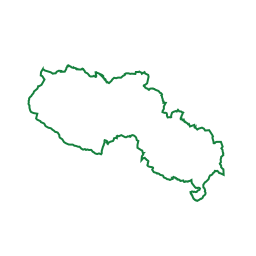 Graiguecullen -Portarlington-Lea-6, Laoighis, Ireland, rotated 131°
{"feature_id": "5873133B32465812463029", "entity_name": "Graiguecullen -Portarlington-Lea-6", "entity_type": "district", "adm_level": 2, "iso_a3": "IRL", "parent_name": "Ireland", "parent_adm1": "Laoighis", "projection": "orthographic", "projection_center": [-7.112, 52.984], "detail": "fine", "context": "isolated", "style": "outline", "palette": "green", "viewbox_px": 256, "rotation_deg": 131, "n_neighbors": 0, "source": "geoboundaries", "source_scale": "gbopen_adm2", "svg_char_len": 5816}
<svg xmlns="http://www.w3.org/2000/svg" viewBox="0 0 256 256"><g transform="rotate(131 128 128)"><path d="M78.8,58.3L78.9,58.6L78.2,59.2L76.4,65.3L79.3,68.1L78.7,70.3L79.2,72.4L82.2,74.3L83.7,74.7L83.5,77.0L83.7,77.4L83.4,77.6L83.7,77.6L83.9,78.1L82.2,80.0L86.2,82.2L85.2,84.2L85.3,84.2L85.4,84.7L85.8,84.9L85.8,85.4L85.4,85.9L85.9,88.2L85.8,88.4L86.0,88.4L86.2,89.0L86.2,89.8L85.5,90.9L86.0,91.5L85.2,91.7L86.8,93.9L86.2,94.6L85.4,94.9L85.2,94.6L83.8,95.5L82.1,95.9L80.6,96.6L80.2,96.5L80.2,96.9L80.7,97.3L80.7,98.8L81.8,100.2L81.5,102.2L83.6,102.0L83.8,103.0L86.0,104.3L87.5,104.8L90.3,103.6L91.5,102.5L92.0,102.8L92.7,103.9L94.0,105.0L93.2,106.7L92.2,107.4L91.5,108.6L91.8,109.6L92.6,110.3L93.4,112.4L92.3,113.1L90.3,113.4L89.6,113.8L88.3,115.1L84.3,116.0L85.8,117.8L84.6,118.5L84.8,119.0L84.2,120.1L83.5,120.6L82.7,122.2L81.6,123.4L81.6,124.2L80.3,124.4L80.0,125.9L80.5,127.1L80.1,128.3L80.1,129.5L81.3,132.7L81.2,133.6L81.9,134.7L81.8,135.1L83.7,137.1L85.5,137.2L85.6,138.0L85.4,139.0L86.1,140.3L86.0,141.3L86.2,141.6L85.8,142.7L86.0,143.4L85.9,143.8L85.4,144.0L83.9,143.3L81.7,142.9L75.8,146.1L74.7,147.6L75.6,150.8L75.0,152.2L77.9,153.1L77.3,154.0L77.7,154.7L78.0,156.5L78.8,156.7L80.6,158.8L82.4,157.9L84.6,160.9L85.7,161.8L86.4,163.5L88.0,165.3L89.4,165.8L89.7,165.3L90.3,165.2L91.7,165.9L94.6,166.3L96.5,168.6L98.2,169.6L99.2,171.4L101.7,171.7L103.2,171.4L106.6,171.8L106.8,172.6L106.7,172.9L107.0,173.4L106.9,173.7L107.2,173.8L107.0,174.1L107.3,174.5L107.0,174.8L106.9,176.3L106.4,176.6L106.6,177.0L106.3,177.2L106.5,177.5L106.3,177.6L106.6,178.0L106.1,179.0L106.3,179.6L105.6,180.3L105.8,180.5L105.6,180.6L105.8,180.8L105.8,181.1L106.0,181.6L105.7,181.8L105.0,181.6L105.0,182.2L105.1,182.8L106.0,182.8L106.0,184.4L105.6,184.4L105.7,184.9L106.4,187.1L106.6,187.2L106.6,187.5L107.1,188.2L106.8,188.6L107.2,189.0L107.7,188.5L107.9,187.8L108.9,187.3L109.3,186.3L110.2,185.7L110.8,186.1L110.7,186.6L111.1,188.0L112.0,188.3L113.6,189.9L114.0,191.2L113.7,192.1L113.4,194.0L113.5,195.1L113.8,195.8L114.0,197.0L113.3,198.4L113.3,199.0L112.9,200.4L113.3,200.7L113.0,201.0L113.1,201.4L114.8,201.9L116.2,203.7L116.6,204.3L116.5,204.7L117.3,205.0L117.4,205.9L117.2,206.2L117.4,206.4L117.2,206.7L118.0,208.5L118.3,208.6L118.2,208.9L118.6,208.9L119.3,210.5L119.2,211.6L119.7,212.8L119.7,213.7L119.9,213.7L120.1,214.3L120.6,214.5L121.2,213.8L121.8,214.1L123.1,213.9L124.0,213.3L127.0,212.7L129.6,215.5L128.8,215.9L130.2,217.8L132.3,218.7L134.2,218.5L135.7,220.0L136.3,220.3L136.6,222.8L139.2,228.6L139.2,229.8L139.7,230.7L139.5,230.9L142.9,230.3L145.6,228.3L145.1,226.8L145.6,224.9L146.1,223.8L146.0,223.3L146.2,222.8L152.2,221.6L155.3,222.7L154.6,223.5L157.7,222.2L162.1,222.9L163.8,222.2L166.2,222.2L167.5,221.9L168.5,222.2L170.5,222.1L171.6,221.1L172.7,220.8L173.8,219.6L175.0,219.0L175.4,218.3L175.6,217.2L177.4,215.6L179.0,213.2L179.5,211.6L178.7,209.1L176.7,205.8L181.1,203.6L181.3,202.1L180.3,198.6L180.7,197.6L179.7,194.5L179.8,193.6L180.6,191.8L180.6,191.2L180.0,188.2L179.2,186.9L178.7,185.5L178.9,184.0L178.6,182.3L178.7,180.3L178.0,179.3L177.6,178.0L178.4,175.2L179.4,174.3L180.0,173.2L179.6,170.2L180.6,167.1L180.3,165.0L179.3,161.8L176.8,158.8L176.6,158.0L176.6,156.9L175.7,155.6L174.8,153.2L173.9,152.3L174.2,149.7L173.8,147.7L172.3,146.8L172.0,146.1L172.2,145.6L172.1,145.3L170.8,144.5L170.2,143.0L168.7,141.5L168.7,140.7L169.1,139.0L168.7,138.1L168.8,137.5L168.7,136.0L167.9,134.2L166.2,133.2L165.5,131.1L164.4,131.2L162.5,132.8L158.4,134.7L157.0,135.0L156.3,135.5L154.5,136.1L153.0,137.4L152.5,137.6L151.9,136.4L151.7,135.2L151.9,135.1L152.0,134.6L152.9,134.5L152.8,133.7L153.3,133.2L153.3,132.7L151.7,133.0L149.9,132.3L147.6,130.8L145.9,131.2L145.0,131.8L143.3,130.7L143.0,129.7L142.5,130.0L141.6,131.1L140.8,130.9L140.3,129.5L137.8,128.4L136.8,124.1L136.0,123.2L134.4,122.7L133.2,120.7L132.6,121.3L131.7,120.4L130.9,120.3L130.3,119.8L129.8,118.6L129.7,116.8L129.9,115.6L131.4,113.4L131.0,111.7L134.5,109.8L136.7,107.9L136.0,103.2L135.7,102.5L137.2,100.3L136.7,99.8L137.3,99.8L138.0,99.1L140.2,99.0L143.4,96.7L142.0,96.7L141.4,97.1L139.5,95.8L139.8,94.6L139.6,94.1L139.9,92.9L139.6,92.2L139.6,91.0L140.1,90.5L141.3,90.2L142.0,89.4L142.8,89.3L143.5,88.8L143.6,87.6L143.2,86.4L141.8,84.2L141.5,83.1L141.7,82.8L143.6,82.4L144.4,79.6L143.4,77.4L143.2,76.6L143.3,76.1L142.7,75.9L142.1,74.2L142.3,73.5L142.1,72.6L141.0,70.7L141.2,69.7L141.8,68.6L141.0,66.1L141.0,65.0L139.9,63.3L139.9,62.6L139.3,62.0L138.2,61.7L137.2,60.9L136.7,61.3L136.5,62.0L136.0,61.5L135.1,61.6L135.0,61.3L135.2,60.7L134.5,60.1L134.7,59.0L134.2,58.7L134.3,57.9L134.0,57.3L134.5,56.9L134.4,56.6L133.3,55.2L133.6,53.7L131.3,51.8L131.9,50.5L131.8,50.2L131.4,49.7L130.2,49.4L129.7,48.2L129.2,47.6L128.7,47.7L127.6,46.7L125.6,46.0L127.2,44.4L127.7,43.5L128.7,38.6L128.7,37.5L128.2,37.1L127.8,36.2L127.0,35.9L126.4,34.9L126.4,34.0L127.8,33.5L129.7,34.4L131.2,34.2L132.1,35.0L132.5,36.1L133.3,36.6L133.3,37.0L133.9,38.1L134.7,38.2L135.3,38.8L136.0,38.1L136.1,37.8L135.9,37.5L136.1,36.9L136.6,36.6L136.5,36.1L136.7,35.4L137.0,35.2L137.1,34.6L138.0,33.1L138.1,32.3L138.4,31.9L138.2,30.9L138.4,30.5L138.2,30.0L138.2,29.7L137.9,29.2L138.0,28.8L137.5,28.4L137.5,27.9L135.1,27.0L133.8,26.8L133.4,26.2L131.7,25.9L130.1,26.5L128.2,26.1L126.9,26.3L125.9,27.1L125.5,28.4L124.6,28.7L123.4,30.7L123.4,32.1L121.5,33.9L118.5,34.3L117.5,33.9L113.8,33.6L111.3,34.7L109.7,34.9L109.1,34.3L107.6,33.9L106.4,34.3L105.1,33.9L103.3,34.3L103.0,33.8L103.0,33.3L101.8,32.6L101.7,32.2L102.0,30.0L102.2,29.6L101.6,28.7L100.6,25.1L96.6,28.9L96.7,30.3L96.5,32.0L95.3,33.0L95.0,33.6L95.1,34.5L94.6,35.4L92.9,35.4L90.9,37.5L89.6,38.0L88.8,38.7L85.9,38.3L85.2,39.3L84.8,39.3L84.3,39.9L83.8,41.0L82.5,42.3L82.1,44.2L80.0,44.3L77.5,48.8L80.4,52.1L81.2,52.5L82.6,52.6L83.2,53.2L83.2,53.6L82.4,54.2L80.0,57.9L78.8,58.3Z" fill="none" stroke="#15803d" stroke-width="2"/></g></svg>